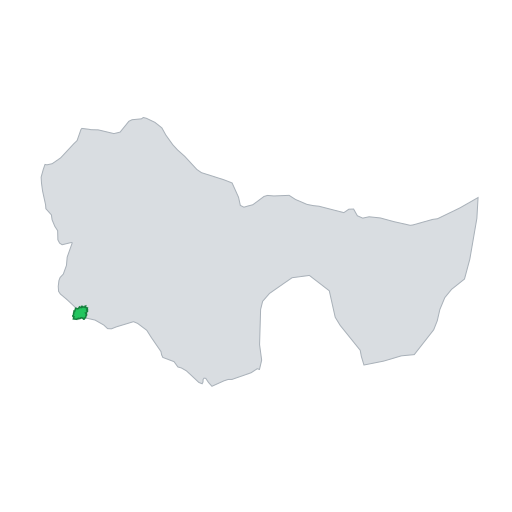 location of Pededzes pag., Aluksne, Latvia, rotated 183°
{"feature_id": "27541924B28256334798833", "entity_name": "Pededzes pag.", "entity_type": "district", "adm_level": 2, "iso_a3": "LVA", "parent_name": "Latvia", "parent_adm1": "Aluksne", "projection": "albers", "projection_center": [27.465, 57.478], "detail": "fine", "context": "in_parent", "style": "filled", "palette": "green", "viewbox_px": 512, "rotation_deg": 183, "n_neighbors": 0, "source": "geoboundaries", "source_scale": "gbopen_adm2", "svg_char_len": 4036}
<svg xmlns="http://www.w3.org/2000/svg" viewBox="0 0 512 512"><g transform="rotate(183 256 256)"><path d="M375.8,388.4L372.7,387.8L364.0,384.2L356.7,379.0L352.4,372.1L344.9,362.7L340.0,357.9L332.3,351.7L319.6,339.3L314.9,336.4L291.9,330.4L283.7,327.7L276.5,313.7L274.3,305.7L270.6,304.1L266.4,305.6L261.9,307.0L251.1,315.9L247.7,317.1L241.3,316.9L226.1,318.3L219.5,314.5L207.8,310.2L201.4,309.3L195.7,309.0L170.6,303.9L165.7,307.6L161.0,308.0L156.9,301.5L151.4,299.4L145.1,301.1L133.8,300.5L120.5,297.6L103.6,294.7L101.0,295.2L81.5,301.8L76.7,302.7L54.9,314.7L37.3,326.0L37.4,305.2L42.3,264.1L46.6,243.9L58.9,233.0L65.3,224.3L69.6,212.2L71.6,200.8L74.7,191.6L92.8,165.8L105.6,163.9L123.1,157.7L142.5,152.8L145.5,161.1L147.0,167.3L168.3,191.1L173.7,199.0L181.0,225.1L201.7,239.4L218.8,236.2L226.5,230.3L240.6,219.3L247.0,211.1L248.6,202.9L247.8,167.7L244.9,152.3L246.6,142.9L248.9,143.5L254.7,139.2L273.5,131.5L277.2,131.3L281.4,129.7L293.2,123.6L296.8,127.2L299.8,131.2L301.5,131.3L302.4,129.9L302.3,127.4L303.1,125.6L306.4,126.7L319.5,137.7L324.7,140.3L328.2,141.1L332.3,146.2L343.7,149.8L345.1,152.4L345.9,155.6L356.4,169.3L361.2,176.1L370.7,182.5L374.9,184.0L391.8,177.9L396.6,175.7L400.4,175.7L404.4,179.1L413.4,183.6L421.6,185.0L423.1,184.7L430.0,185.2L432.5,186.9L434.1,195.5L442.0,202.2L449.4,207.8L451.3,210.4L451.9,215.4L451.5,221.2L450.5,224.3L447.5,227.8L444.8,236.6L444.5,245.0L440.2,259.5L441.2,259.8L450.2,257.1L452.8,258.6L454.7,261.8L455.4,270.9L458.4,275.0L461.5,281.4L462.5,286.4L468.3,292.2L468.8,296.1L472.5,309.6L474.0,317.4L474.7,323.5L473.0,331.2L471.5,336.4L469.6,336.1L464.4,337.5L456.2,343.8L443.8,358.6L440.7,361.9L437.4,373.2L436.6,374.3L429.4,373.8L427.4,373.5L420.1,373.7L404.3,370.8L398.2,372.6L390.0,383.9L386.9,385.6L377.5,387.0L375.8,388.4Z" fill="#d9dde1" stroke="#a8b0b8" stroke-width="1"/><path d="M433.2,194.5L434.2,191.3L434.8,191.5L434.8,191.4L434.9,191.1L434.9,190.6L434.9,190.4L435.1,189.6L435.1,189.4L435.2,189.2L435.0,188.9L435.1,188.7L435.1,188.4L435.1,188.2L435.2,187.9L435.3,187.7L435.4,187.4L435.5,187.2L435.6,186.9L435.8,186.8L435.8,186.6L435.7,186.5L435.7,186.4L435.7,186.2L435.4,186.0L435.4,185.9L435.2,185.8L435.2,185.7L435.0,185.4L434.8,185.7L434.6,185.7L434.7,185.4L434.7,185.1L434.9,184.5L434.9,184.4L435.1,183.6L431.8,183.4L431.8,183.5L431.7,183.6L431.4,183.6L431.1,183.9L430.7,183.9L430.4,183.9L430.0,184.0L430.1,184.3L430.1,184.5L429.7,184.5L429.0,184.3L428.5,184.3L428.4,184.4L428.3,184.5L428.1,184.7L428.1,184.8L427.9,185.0L427.7,184.9L427.5,185.1L427.4,185.1L426.8,185.3L426.5,185.0L425.8,185.0L425.6,184.8L425.6,184.7L425.4,184.6L425.3,184.4L425.2,184.4L425.1,184.2L424.9,184.2L424.8,183.9L424.4,183.9L424.1,184.1L423.9,184.5L424.0,184.9L423.1,185.8L422.9,185.9L422.9,186.0L423.0,186.0L422.9,186.2L422.9,186.3L422.8,186.5L422.7,186.8L422.7,187.0L422.7,187.3L422.7,187.5L422.6,187.8L422.4,187.9L422.4,188.0L422.2,188.1L422.3,188.3L422.2,188.4L422.2,188.5L422.1,188.9L422.1,189.0L422.2,189.3L422.2,189.2L422.3,189.2L422.4,189.3L422.5,189.3L422.5,189.2L422.6,189.3L422.5,189.5L422.8,189.7L422.7,189.8L422.8,189.9L422.7,189.9L422.8,189.9L422.8,190.0L422.7,190.0L422.5,190.3L422.6,190.5L422.4,190.6L422.3,190.8L422.2,190.9L422.2,191.0L422.0,191.3L421.9,191.5L421.7,191.8L421.4,191.9L421.4,192.0L421.4,192.3L421.5,192.4L421.5,192.5L421.5,192.8L421.6,192.7L421.6,192.8L421.7,193.0L421.8,193.0L421.7,193.2L421.8,193.4L421.8,193.5L421.7,193.6L421.8,193.8L421.8,194.0L421.7,194.0L421.7,193.9L421.6,194.0L421.7,194.3L421.8,194.3L421.8,194.2L422.0,194.1L421.9,194.4L421.8,195.0L421.7,195.3L423.6,195.6L423.5,197.1L423.9,196.9L424.1,196.9L424.2,196.2L424.2,195.9L426.2,196.1L426.5,196.6L426.8,196.5L426.9,196.3L427.5,196.5L427.5,196.4L427.7,196.1L427.6,195.9L427.4,195.9L427.1,195.7L427.4,195.6L427.5,195.4L427.8,195.3L428.0,195.4L428.4,195.5L428.4,195.4L428.6,195.4L428.8,195.5L429.1,195.4L429.3,195.6L429.6,195.9L430.0,195.4L430.1,195.1L430.1,194.8L430.6,194.4L430.8,194.2L431.2,193.9L431.8,194.0L432.0,194.1L433.2,194.5Z" fill="#22c55e" stroke="#15803d" stroke-width="1.5"/></g></svg>